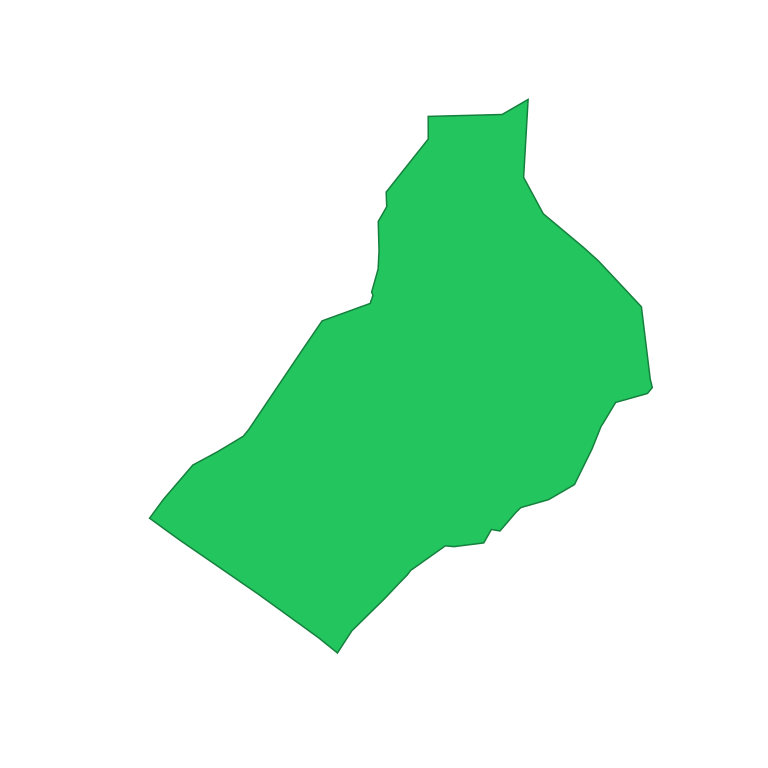 Bayan-Ovoo, Ömnögovi, Mongolia (Natural Earth projection), rotated 59°
{"feature_id": "93677404B57634544565509", "entity_name": "Bayan-Ovoo", "entity_type": "district", "adm_level": 2, "iso_a3": "MNG", "parent_name": "Mongolia", "parent_adm1": "Ömnögovi", "projection": "natural_earth1", "projection_center": [106.036, 42.75], "detail": "fine", "context": "isolated", "style": "filled", "palette": "green", "viewbox_px": 768, "rotation_deg": 59, "n_neighbors": 0, "source": "geoboundaries", "source_scale": "gbopen_adm2", "svg_char_len": 1358}
<svg xmlns="http://www.w3.org/2000/svg" viewBox="0 0 768 768"><g transform="rotate(59 384 384)"><path d="M517.2,153.4L450.4,123.6L389.0,136.8L369.6,142.7L320.1,159.8L278.8,157.9L214.3,113.9L213.8,144.0L191.6,183.2L177.4,208.3L196.8,219.9L220.6,283.3L233.4,290.3L241.7,305.2L267.5,319.8L282.5,329.9L298.6,347.0L299.3,347.5L299.8,347.4L300.2,347.4L300.6,347.4L301.0,347.5L301.8,347.7L302.3,347.9L302.7,348.2L303.0,348.5L303.1,348.8L303.2,349.0L303.3,349.1L303.5,349.3L303.8,349.6L304.3,350.0L304.6,350.4L305.0,350.8L305.3,351.2L305.5,351.5L305.6,351.8L305.7,352.0L305.8,352.2L306.0,352.3L306.1,352.5L306.4,352.8L306.5,352.9L306.7,353.0L307.0,353.2L307.3,353.5L307.5,354.1L307.8,354.4L298.0,404.5L311.6,434.1L353.4,523.5L356.3,531.5L356.3,561.8L355.0,589.6L369.2,632.3L378.3,654.1L378.5,654.0L399.5,645.1L413.7,639.0L438.5,627.7L462.2,616.9L483.2,607.4L498.1,600.6L521.4,590.6L541.8,581.9L554.6,576.4L560.6,573.9L564.5,572.2L567.8,570.8L576.9,567.5L578.5,566.9L579.0,566.7L581.4,565.8L590.1,562.6L590.6,562.5L579.0,538.7L568.2,493.7L563.1,475.5L559.6,462.2L557.5,457.1L554.3,414.8L559.5,407.7L571.6,380.3L564.0,366.9L569.7,360.3L562.2,337.7L560.4,330.4L567.9,302.4L568.3,272.5L546.8,239.1L532.0,219.6L530.6,216.6L519.1,194.9L527.8,163.0L525.2,155.8L523.7,155.4L520.1,154.2L519.6,154.1L517.2,153.4Z" fill="#22c55e" stroke="#15803d" stroke-width="1.5"/></g></svg>